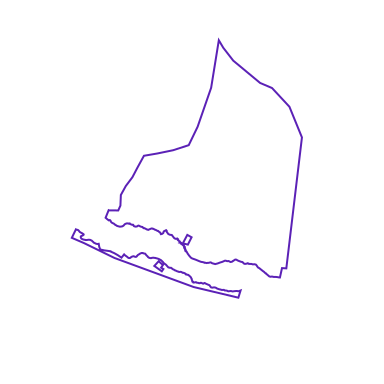 outline of Zemam Out, Al Bahr al Ahmar, Egypt, rotated 330°
{"feature_id": "37247803B22410072002885", "entity_name": "Zemam Out", "entity_type": "district", "adm_level": 2, "iso_a3": "EGY", "parent_name": "Egypt", "parent_adm1": "Al Bahr al Ahmar", "projection": "orthographic", "projection_center": [31.757, 26.727], "detail": "fine", "context": "isolated", "style": "outline", "palette": "violet", "viewbox_px": 384, "rotation_deg": 330, "n_neighbors": 0, "source": "geoboundaries", "source_scale": "gbopen_adm2", "svg_char_len": 5948}
<svg xmlns="http://www.w3.org/2000/svg" viewBox="0 0 384 384"><g transform="rotate(330 192 192)"><path d="M158.2,248.3L158.9,249.6L161.3,252.4L163.9,255.8L165.0,257.1L166.4,258.2L167.4,259.4L167.5,259.3L169.2,260.9L169.9,261.1L170.8,261.6L172.6,262.1L173.1,262.4L173.6,263.4L173.7,263.6L174.8,264.8L175.0,264.9L176.0,266.0L178.5,266.7L181.0,267.1L183.1,267.6L184.6,267.8L186.0,267.9L186.8,268.3L187.1,268.6L187.8,269.4L188.1,269.6L189.2,270.1L190.0,271.4L190.5,272.0L192.1,272.4L192.7,272.3L192.9,272.2L193.2,272.3L193.6,272.2L194.8,272.2L195.3,272.1L195.8,272.2L196.6,272.8L197.3,274.1L198.2,275.3L199.8,277.2L200.5,277.7L200.7,278.0L200.9,278.7L200.9,278.9L201.1,279.5L201.4,280.3L202.2,280.9L203.6,281.4L204.3,281.4L204.6,281.5L204.9,281.8L205.0,282.1L205.0,282.4L205.1,282.5L205.5,282.7L205.9,283.1L207.6,284.1L208.5,285.1L209.3,285.5L209.6,285.6L210.0,285.8L211.0,286.8L211.2,287.6L211.4,290.3L212.3,291.8L212.8,293.2L213.3,294.4L213.4,294.7L213.7,295.5L213.9,296.0L214.4,297.0L214.9,298.8L215.4,299.5L215.4,300.3L215.6,300.5L216.4,302.8L216.6,303.5L217.4,304.5L218.0,304.8L219.0,305.2L220.3,306.4L222.2,307.5L223.9,308.8L224.5,309.4L225.4,310.0L231.9,302.9L235.5,305.3L314.5,199.7L319.0,166.9L313.3,142.0L305.5,131.6L293.4,98.9L291.2,82.8L291.1,74.0L260.7,111.3L229.5,138.3L212.6,149.8L196.6,146.4L181.2,141.3L168.5,136.6L156.8,143.7L147.8,149.4L137.7,153.7L128.9,159.0L123.2,168.0L118.9,171.1L110.9,166.4L110.7,166.1L104.3,171.1L104.6,172.0L105.2,173.7L105.8,175.0L106.3,175.0L106.8,175.2L107.0,175.7L107.1,176.1L107.0,176.4L106.9,176.9L107.1,178.2L107.3,178.6L108.0,179.7L108.4,180.1L108.5,180.5L108.8,181.1L109.2,182.4L109.7,182.9L110.1,183.9L112.1,185.9L113.1,186.4L114.5,186.9L115.8,186.9L116.5,186.7L117.0,186.5L117.7,186.3L118.4,186.3L119.9,186.6L120.8,187.2L121.4,187.8L121.9,187.8L122.4,188.2L122.3,188.7L123.6,190.3L123.9,190.6L124.4,190.7L124.6,190.9L124.7,191.6L124.6,192.0L124.7,192.6L125.1,193.1L126.0,193.9L126.4,194.0L127.0,194.3L127.6,194.3L128.2,194.2L129.0,194.4L129.3,194.8L129.9,195.8L130.8,196.9L131.6,197.5L131.9,198.9L132.2,199.3L132.6,199.4L133.5,200.7L134.1,201.8L134.8,202.4L135.1,202.9L136.1,203.0L138.0,203.2L138.7,203.4L139.1,203.5L139.8,204.4L140.2,204.6L140.4,205.0L140.9,205.9L141.2,206.3L141.5,206.5L142.8,208.6L143.2,208.8L143.7,210.4L144.0,210.8L144.2,211.4L144.2,211.6L144.0,212.3L144.0,212.8L144.0,213.0L145.1,213.3L146.4,213.2L146.7,213.1L147.6,212.2L147.9,212.0L150.5,212.1L150.7,212.9L150.5,213.3L150.2,213.8L150.5,216.6L151.6,218.1L153.0,219.1L153.5,222.8L153.8,223.6L154.7,224.6L156.0,224.9L156.2,225.6L155.9,225.6L155.9,226.2L155.7,226.5L156.0,227.2L156.2,227.9L156.4,228.1L156.6,228.4L156.7,228.7L156.4,229.2L156.4,229.4L156.2,229.6L156.7,229.8L156.7,230.0L156.4,230.0L156.6,230.2L157.2,230.6L157.2,230.8L156.9,230.9L156.6,231.2L157.4,232.9L157.6,233.8L158.2,234.4L157.7,235.5L158.2,235.8L158.3,236.2L157.8,236.6L157.7,237.7L157.3,237.5L157.3,238.2L157.0,239.0L157.3,239.4L157.4,239.6L157.4,239.8L156.9,240.0L157.1,240.6L157.5,241.0L157.5,241.3L157.5,242.1L157.4,243.4L157.6,244.0L157.6,244.8L157.6,245.1L158.2,248.3ZM169.0,231.0L162.1,235.5L158.4,231.9L166.5,226.8L169.0,231.0ZM184.8,301.6L183.0,301.3L182.7,301.2L182.2,300.9L181.6,300.3L180.9,299.9L179.2,299.1L177.4,298.4L176.2,297.2L173.7,296.1L172.9,294.9L172.5,294.6L171.9,294.1L171.6,293.9L171.1,293.6L170.7,292.7L169.5,292.1L168.7,291.6L168.0,290.8L167.0,289.9L166.7,289.6L166.3,289.1L165.9,288.7L165.3,287.9L165.0,287.2L164.5,286.5L163.4,285.6L163.1,285.5L161.8,285.0L161.1,284.4L160.8,284.1L160.6,282.9L160.6,281.8L160.4,281.3L159.9,280.7L158.0,278.1L157.7,277.5L157.4,277.1L156.9,277.0L156.6,277.0L156.2,277.1L155.7,276.8L155.5,276.6L154.6,275.3L154.2,275.0L153.7,275.0L153.2,274.9L152.4,274.4L152.4,274.2L151.7,273.6L151.0,273.1L150.5,272.6L150.5,272.3L150.0,271.9L148.5,271.4L147.9,271.1L147.8,270.9L147.8,270.7L148.0,270.2L147.5,269.7L147.8,268.9L148.0,267.8L148.2,267.4L148.2,267.0L148.3,266.9L148.3,265.7L148.4,265.4L147.8,263.1L147.5,262.6L147.4,262.0L146.8,261.4L146.5,261.2L146.4,261.2L146.0,260.6L145.4,260.2L145.4,259.8L145.5,259.6L145.2,259.1L145.1,258.7L144.1,257.6L143.9,257.6L143.6,257.4L143.3,257.0L143.0,256.2L142.2,255.4L141.4,255.1L140.7,254.6L140.5,254.4L140.2,253.9L139.7,253.5L138.9,252.4L138.5,251.7L138.0,251.3L137.5,250.2L137.2,249.8L136.8,249.3L136.6,249.0L136.5,248.4L135.9,247.1L135.3,246.8L134.9,246.5L134.3,246.0L134.2,245.7L133.8,245.4L133.5,244.0L133.1,242.0L132.9,241.5L132.1,239.8L131.9,238.9L131.8,238.3L131.8,238.0L131.1,235.6L130.0,233.8L129.4,233.0L128.1,231.6L127.7,231.3L127.3,230.8L127.0,230.6L126.2,230.0L125.9,229.7L125.3,229.4L124.4,229.0L124.0,228.9L123.6,228.9L123.1,228.6L122.0,227.6L121.9,227.4L121.6,226.8L121.4,226.5L121.4,225.8L120.9,224.1L120.8,223.6L120.7,222.6L120.6,222.0L119.6,221.2L119.4,220.8L118.9,220.5L118.8,220.2L117.8,219.6L117.1,219.5L116.6,219.5L116.4,219.4L115.8,219.4L114.9,219.5L113.7,219.5L112.3,219.9L112.1,220.1L111.6,220.2L111.3,220.2L110.9,220.1L110.5,219.8L109.9,219.2L109.5,218.6L109.0,218.3L108.3,218.1L107.0,217.9L105.7,218.2L104.7,217.9L104.1,217.4L103.8,216.9L103.5,215.9L102.2,213.0L102.0,212.1L98.1,213.6L96.1,209.5L94.1,206.1L91.5,202.5L91.6,202.4L87.5,199.2L87.4,199.2L83.8,195.9L84.2,193.3L85.3,190.2L84.3,189.9L83.1,188.9L81.6,186.7L81.5,185.9L81.2,185.3L81.0,184.3L80.8,183.9L80.5,183.5L80.0,182.7L79.7,182.4L79.4,182.2L79.0,182.0L78.7,181.7L76.7,180.9L76.2,180.6L76.0,180.4L75.7,180.3L75.2,179.7L74.8,179.5L74.1,178.7L73.6,178.2L73.1,177.4L72.9,176.9L72.9,176.5L72.9,176.1L73.1,175.4L73.3,175.1L73.5,174.9L73.9,174.8L74.5,174.8L75.3,175.0L75.6,175.0L76.2,174.9L76.6,174.9L76.9,174.7L77.0,174.5L76.5,173.3L76.3,172.9L76.1,172.6L75.7,172.0L75.1,171.0L74.9,170.7L74.7,169.8L74.6,169.0L74.4,168.2L73.9,167.5L73.5,167.2L73.1,166.9L72.8,166.3L65.0,171.6L72.9,182.2L91.9,210.4L145.9,275.1L179.3,306.7L184.8,301.6ZM128.7,244.4L126.2,245.6L122.4,237.2L128.5,235.3L130.3,240.7L127.4,242.1L128.7,244.4Z" fill="none" stroke="#5b21b6" stroke-width="2"/></g></svg>